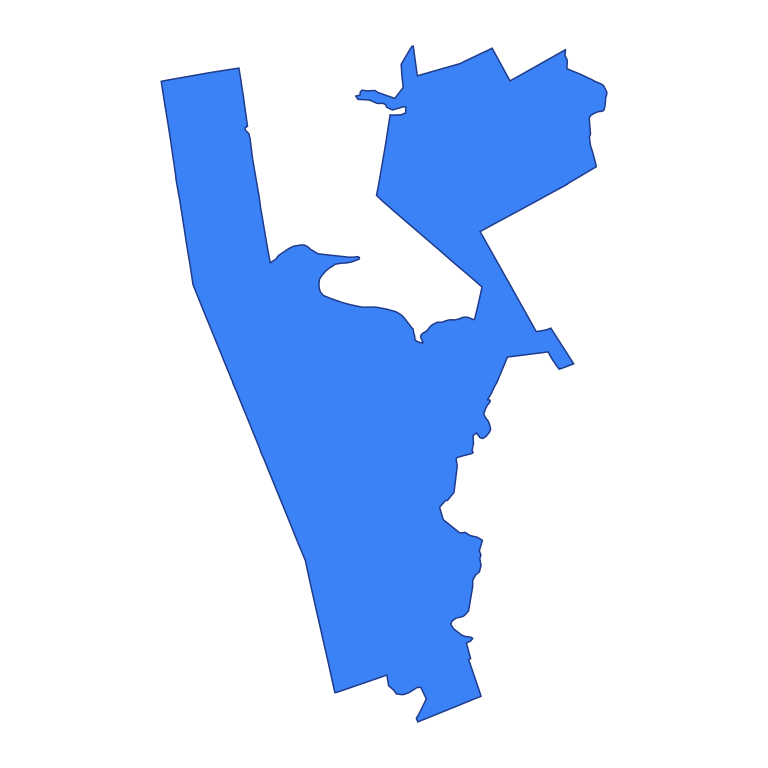 the district of Dumbraveni, Constanta, Romania
{"feature_id": "2599482B4810903982325", "entity_name": "Dumbraveni", "entity_type": "district", "adm_level": 2, "iso_a3": "ROU", "parent_name": "Romania", "parent_adm1": "Constanta", "projection": "albers", "projection_center": [27.999, 43.926], "detail": "fine", "context": "isolated", "style": "filled", "palette": "blue", "viewbox_px": 768, "rotation_deg": 0, "n_neighbors": 0, "source": "geoboundaries", "source_scale": "gbopen_adm2", "svg_char_len": 5338}
<svg xmlns="http://www.w3.org/2000/svg" viewBox="0 0 768 768"><path d="M334.9,692.7L337.0,692.3L386.2,675.3L386.9,675.0L388.6,685.7L393.8,690.2L396.4,693.9L401.2,694.6L403.8,694.5L408.5,692.9L413.0,690.1L416.7,687.7L420.7,687.2L426.3,698.9L419.7,712.6L416.3,718.3L417.8,721.9L453.6,707.4L460.4,704.7L465.8,702.4L468.4,701.4L471.0,700.3L477.5,697.6L481.0,696.4L479.9,692.5L468.7,659.7L469.9,658.6L470.6,658.6L466.4,643.0L470.6,641.1L472.7,638.5L471.2,637.3L465.3,636.5L461.6,635.0L459.9,633.7L453.5,628.7L450.8,624.2L452.0,621.2L456.1,618.0L461.0,617.0L463.2,616.3L465.2,614.8L468.6,610.8L472.6,587.0L472.7,582.9L472.8,580.0L475.6,575.0L479.4,571.8L481.1,565.4L479.8,558.9L480.9,554.9L479.3,550.8L482.4,540.3L477.2,537.2L470.2,535.6L465.0,532.3L462.1,532.9L459.3,532.6L443.2,519.6L439.6,507.3L445.5,500.5L447.5,500.4L454.0,492.4L457.2,466.2L456.1,458.6L456.7,457.7L458.0,457.3L463.7,455.6L468.9,454.3L471.9,453.5L473.1,452.6L472.1,450.6L472.4,449.0L473.1,445.0L473.5,443.8L473.3,440.6L473.1,435.5L476.5,433.0L480.1,437.8L482.8,438.5L486.0,436.5L489.6,432.0L490.6,429.6L490.0,425.9L488.4,421.4L486.0,418.3L483.7,414.3L485.5,408.8L487.5,405.0L489.6,402.5L490.3,401.0L489.7,400.0L487.6,399.7L491.7,392.8L493.9,387.7L496.8,382.5L504.9,363.3L507.2,357.6L507.6,357.2L507.9,357.0L523.8,355.0L524.1,355.0L528.4,354.4L539.8,353.0L547.8,351.9L548.2,352.2L549.9,355.2L551.6,358.3L551.9,358.8L553.3,361.0L555.3,363.9L556.0,364.9L559.2,369.2L566.0,366.8L573.7,363.8L560.3,342.9L552.3,330.4L550.9,328.1L546.5,329.8L544.9,330.2L538.8,331.2L536.3,331.6L536.1,331.4L528.5,317.7L520.0,302.6L519.9,302.4L511.0,286.4L502.1,270.6L502.0,270.4L492.4,253.4L486.0,242.0L485.9,241.8L480.1,231.6L480.8,231.2L492.2,225.0L512.4,214.1L525.4,207.1L538.7,199.9L540.9,198.7L543.2,197.4L551.6,192.8L567.2,184.3L567.1,184.2L567.2,183.9L579.3,176.8L583.8,174.1L589.9,170.5L596.4,166.7L595.9,165.0L595.4,162.6L594.3,158.3L592.6,152.1L590.4,145.2L589.4,137.1L590.5,134.1L590.4,132.8L589.9,126.8L589.5,121.8L589.3,117.4L591.1,115.2L593.7,113.6L598.0,111.7L601.6,111.3L603.6,110.6L604.3,108.9L604.9,106.4L605.5,101.0L605.6,98.1L606.1,96.4L606.8,94.0L606.7,91.8L605.8,90.0L604.2,86.9L603.6,86.0L603.1,85.2L601.7,84.2L595.3,81.5L591.7,79.6L581.7,74.8L566.9,68.7L567.1,64.8L567.3,61.6L566.9,59.1L566.7,59.1L564.9,55.4L565.5,50.5L565.4,49.7L552.9,56.8L545.0,61.2L529.3,70.1L510.0,80.9L494.0,51.6L492.3,48.4L492.2,48.2L489.6,49.4L485.3,51.5L482.4,52.8L479.6,54.2L462.3,62.4L462.1,62.5L461.1,63.3L460.0,63.6L439.0,69.6L417.3,75.8L414.4,54.4L413.3,46.1L412.7,46.2L412.1,46.3L410.4,48.6L405.6,56.8L401.2,64.3L401.2,64.9L401.9,75.7L402.6,81.6L403.2,87.5L394.8,98.4L378.0,92.5L374.8,90.5L367.0,90.9L364.5,90.5L362.1,90.1L360.3,91.8L360.1,95.0L355.8,96.1L358.0,99.4L360.2,99.5L368.2,99.9L370.6,100.5L376.7,103.2L379.6,103.5L381.8,103.3L384.0,103.7L385.5,104.7L386.7,107.2L392.4,110.0L403.3,106.8L405.7,106.9L405.7,113.0L404.0,113.5L401.5,114.8L392.8,115.1L390.1,114.9L385.2,146.6L382.3,163.3L378.6,184.7L376.5,195.3L377.0,195.9L377.8,196.6L380.4,199.1L383.0,201.5L393.8,211.0L415.3,229.5L438.2,249.1L451.7,261.0L458.6,266.9L466.9,273.8L482.0,287.0L478.8,301.7L474.6,319.4L474.2,319.6L473.7,319.6L471.4,318.7L468.6,317.6L466.9,317.2L465.1,317.1L462.6,317.5L459.4,318.7L457.5,319.3L455.2,319.9L453.7,319.9L452.0,319.7L448.8,320.0L446.1,320.7L443.6,321.6L441.8,322.2L441.0,322.3L438.1,322.2L437.1,322.4L435.1,323.3L432.2,324.9L431.7,325.2L430.5,326.3L429.9,326.9L428.9,328.2L427.9,329.7L426.3,331.0L424.8,332.1L422.6,333.4L421.7,334.1L421.3,334.9L421.0,335.3L420.8,336.3L420.8,337.1L421.2,338.7L422.0,340.5L423.1,342.4L422.9,342.7L422.6,343.0L421.4,342.8L419.5,342.3L417.4,341.6L416.4,341.0L415.6,340.2L414.9,339.4L414.7,336.6L414.6,335.6L413.6,332.7L413.1,329.0L412.9,328.8L411.5,327.4L408.0,322.8L404.4,318.1L401.5,315.1L398.4,313.1L395.5,311.6L387.2,309.3L382.1,308.3L377.5,307.4L375.1,307.1L371.1,307.1L364.4,307.2L361.2,307.0L358.3,306.4L349.9,304.6L342.2,302.5L330.8,298.5L323.2,295.4L320.4,292.0L319.2,287.9L318.9,283.8L319.6,279.0L320.7,277.3L321.8,275.5L326.0,270.8L328.7,268.6L330.0,267.6L332.1,266.5L335.1,264.3L337.6,263.8L340.1,263.4L342.8,263.1L346.3,263.0L351.7,261.9L352.9,261.5L354.2,261.0L359.0,259.2L359.5,258.3L359.3,257.6L358.6,256.9L357.2,256.7L354.4,257.1L349.1,257.2L326.8,254.8L319.1,253.9L317.9,253.7L313.6,251.1L310.5,249.3L310.1,249.0L308.5,247.4L306.4,246.0L304.1,245.0L300.9,245.0L298.5,245.4L293.7,246.2L289.0,248.4L282.6,252.7L278.9,255.2L277.7,256.5L276.2,258.9L270.3,262.7L270.0,261.3L267.9,250.5L265.8,238.1L264.0,227.5L262.3,217.3L260.5,207.1L259.3,197.8L252.5,158.2L250.1,138.7L248.8,133.6L245.5,130.3L245.0,127.9L247.5,126.3L247.1,123.3L243.2,95.3L241.7,85.6L240.2,75.9L239.0,68.6L238.9,68.1L238.6,68.2L236.1,68.5L211.3,72.4L211.1,72.4L202.0,74.0L170.9,79.5L162.8,81.0L161.2,81.4L161.4,82.5L164.5,102.7L167.6,121.2L170.8,141.7L173.2,158.7L174.1,164.4L174.9,170.6L175.6,174.6L176.0,179.3L180.2,203.0L183.3,222.8L186.7,245.1L190.0,264.7L193.0,284.6L202.5,308.3L212.0,331.5L221.5,354.8L225.2,364.0L230.2,375.9L230.8,377.9L232.5,381.4L232.7,382.6L233.1,383.7L234.8,387.6L237.8,394.6L238.1,395.6L241.9,405.0L245.1,412.6L250.5,425.9L260.0,449.3L260.6,451.7L263.9,459.0L269.5,472.8L279.1,496.4L288.8,520.1L298.2,543.5L305.3,560.3L310.7,585.3L316.3,610.2L321.9,634.8L327.6,659.8L333.2,685.2L334.9,692.7Z" fill="#3b82f6" stroke="#1e3a8a" stroke-width="1.5"/></svg>